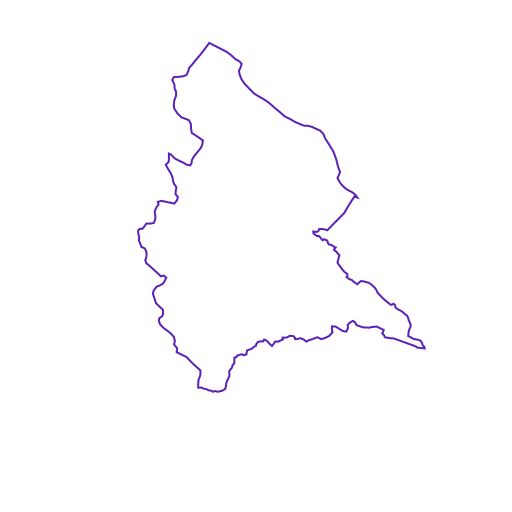 the district of Kemaman, Terengganu, Malaysia, rotated 315°
{"feature_id": "92858781B85628090125570", "entity_name": "Kemaman", "entity_type": "district", "adm_level": 2, "iso_a3": "MYS", "parent_name": "Malaysia", "parent_adm1": "Terengganu", "projection": "natural_earth1", "projection_center": [103.21, 4.239], "detail": "fine", "context": "isolated", "style": "outline", "palette": "violet", "viewbox_px": 512, "rotation_deg": 315, "n_neighbors": 0, "source": "geoboundaries", "source_scale": "gbopen_adm2", "svg_char_len": 4249}
<svg xmlns="http://www.w3.org/2000/svg" viewBox="0 0 512 512"><g transform="rotate(315 256 256)"><path d="M181.4,168.3L182.7,172.0L181.7,175.0L179.6,177.7L176.8,179.8L174.7,180.7L173.4,183.4L173.9,190.9L174.2,196.6L174.4,203.2L176.8,204.4L177.3,207.7L173.9,209.1L170.3,209.7L166.4,208.5L164.1,207.4L159.4,208.0L156.5,209.7L151.9,218.7L152.1,228.3L149.0,231.6L146.7,232.2L143.6,231.6L141.5,233.1L139.9,236.4L139.7,241.5L140.5,246.0L141.0,250.5L140.7,255.3L138.6,258.6L135.5,260.7L135.0,265.5L131.9,267.9L133.7,273.3L135.5,278.3L135.3,282.5L135.3,288.2L135.8,297.5L132.8,300.6L130.5,301.8L127.8,302.9L124.2,306.0L122.0,308.3L124.3,310.2L125.0,312.5L126.8,315.0L127.3,317.1L129.2,319.8L129.5,321.5L131.8,322.7L132.8,324.8L136.6,327.3L138.2,327.7L140.4,328.2L143.6,326.1L144.9,325.0L147.1,324.0L149.6,323.1L152.4,322.1L153.7,320.6L155.4,318.8L157.2,318.1L159.2,318.1L160.9,317.5L162.5,316.5L164.5,316.7L165.8,315.6L167.2,314.2L168.8,312.5L170.7,313.7L172.3,313.1L176.5,315.4L177.3,317.7L179.8,318.8L181.0,317.7L182.9,316.5L185.3,317.5L187.1,318.5L190.1,318.8L192.6,319.4L193.9,318.5L196.6,318.1L199.2,319.8L200.7,321.5L202.7,320.8L203.7,323.6L203.5,327.8L203.7,330.9L206.0,330.7L209.0,330.0L211.0,332.1L216.0,334.0L217.1,332.5L218.3,333.8L220.3,335.5L223.4,336.3L225.8,339.0L225.8,341.1L224.9,342.4L226.6,344.0L229.1,345.3L230.6,348.4L231.1,352.2L233.8,352.9L237.2,354.7L241.9,356.8L243.4,361.0L246.8,362.8L251.2,364.3L256.1,364.0L258.0,361.3L260.0,359.5L262.4,362.2L263.4,366.4L264.4,370.6L266.3,373.3L269.9,372.1L272.0,369.7L274.6,369.4L278.5,370.3L279.2,372.7L278.2,376.0L281.3,382.3L283.7,384.8L285.5,386.9L287.7,388.1L288.9,389.2L291.4,391.1L292.2,393.4L294.0,398.6L291.7,399.8L290.5,400.1L290.5,402.6L289.7,404.6L290.4,405.7L291.8,407.6L293.5,409.9L295.0,411.5L305.1,432.9L305.1,434.5L309.9,440.6L310.8,439.3L310.8,436.8L312.1,434.5L312.4,432.2L311.6,430.3L310.4,428.3L309.0,426.6L307.1,420.3L308.8,418.7L311.6,416.6L314.4,415.7L316.4,414.5L317.6,412.2L318.6,409.3L319.9,407.2L320.6,404.9L320.2,402.3L320.1,399.4L319.6,396.9L318.6,393.8L318.2,391.1L319.7,388.6L319.4,386.9L317.4,386.5L316.6,385.0L316.3,381.5L315.9,377.5L315.9,375.0L315.9,369.7L316.1,367.5L317.1,365.2L317.6,362.2L317.4,358.5L316.9,354.7L315.3,352.2L314.1,349.9L312.3,347.8L307.6,347.6L306.8,343.0L306.8,340.7L305.6,338.2L305.1,334.9L306.6,334.8L307.8,333.2L307.3,329.8L307.5,326.7L308.1,322.7L308.9,318.3L315.6,314.4L315.5,312.0L315.9,310.3L315.4,306.7L318.4,306.3L317.7,305.1L317.6,303.1L316.9,301.2L315.8,299.7L315.9,298.0L316.7,296.6L317.3,295.4L316.0,292.3L314.2,292.0L314.3,290.4L314.6,288.0L314.5,286.2L313.3,285.0L312.9,282.8L312.5,280.8L313.9,279.2L314.9,280.8L316.3,282.2L318.1,282.4L319.5,281.7L320.3,281.9L321.5,283.4L322.8,284.7L324.6,288.2L348.8,288.0L354.7,286.4L363.4,284.4L367.6,283.6L369.0,286.3L369.4,284.0L369.5,281.3L369.0,278.7L368.1,275.9L367.1,272.3L366.9,267.6L367.2,263.7L368.7,258.6L372.3,257.1L374.7,256.2L376.8,251.7L378.8,248.1L380.9,244.8L382.7,240.9L384.3,237.6L385.6,232.8L386.6,228.3L388.2,221.4L390.0,217.2L390.0,212.7L386.9,204.4L384.8,200.5L382.5,198.4L380.9,195.1L378.6,189.4L376.8,182.8L374.9,177.1L374.7,172.0L373.9,163.6L373.6,158.2L373.1,154.3L372.1,149.8L370.8,145.1L369.5,139.4L369.7,126.2L370.8,120.5L372.6,116.3L374.9,113.0L378.3,111.8L381.7,110.0L381.9,106.7L380.6,102.2L380.4,96.5L379.6,90.9L373.6,72.3L360.9,74.1L350.3,75.0L345.4,75.6L342.0,75.6L338.9,77.4L334.7,78.9L331.6,77.4L327.7,74.4L324.6,71.4L321.2,72.3L319.7,76.8L316.6,80.4L315.8,83.1L312.9,86.1L308.3,88.2L305.2,90.6L302.6,93.5L301.3,99.2L301.3,105.2L303.3,109.4L304.6,112.7L303.3,116.6L300.5,119.6L297.6,123.5L298.7,128.6L299.7,134.0L300.2,136.7L296.6,139.4L293.2,140.6L287.5,141.2L281.8,141.8L278.2,143.0L276.1,144.8L273.5,145.4L271.4,142.1L270.4,137.9L269.1,134.6L267.6,129.8L267.6,124.1L266.8,122.0L264.2,124.7L260.8,127.7L256.7,127.7L255.4,132.2L254.1,137.6L252.5,141.5L250.4,144.2L249.1,146.9L248.4,151.0L245.5,153.1L242.9,155.2L242.4,159.1L239.8,160.6L235.4,161.2L232.0,156.1L228.1,150.1L224.8,148.3L223.5,150.7L220.6,151.0L215.9,152.8L212.8,157.0L210.2,159.1L207.1,160.3L204.3,158.5L201.4,155.5L198.6,156.1L194.9,156.4L193.1,154.6L190.8,154.6L188.5,157.0L186.6,160.3L184.3,162.1L181.7,168.1L181.4,168.3Z" fill="none" stroke="#5b21b6" stroke-width="2"/></g></svg>